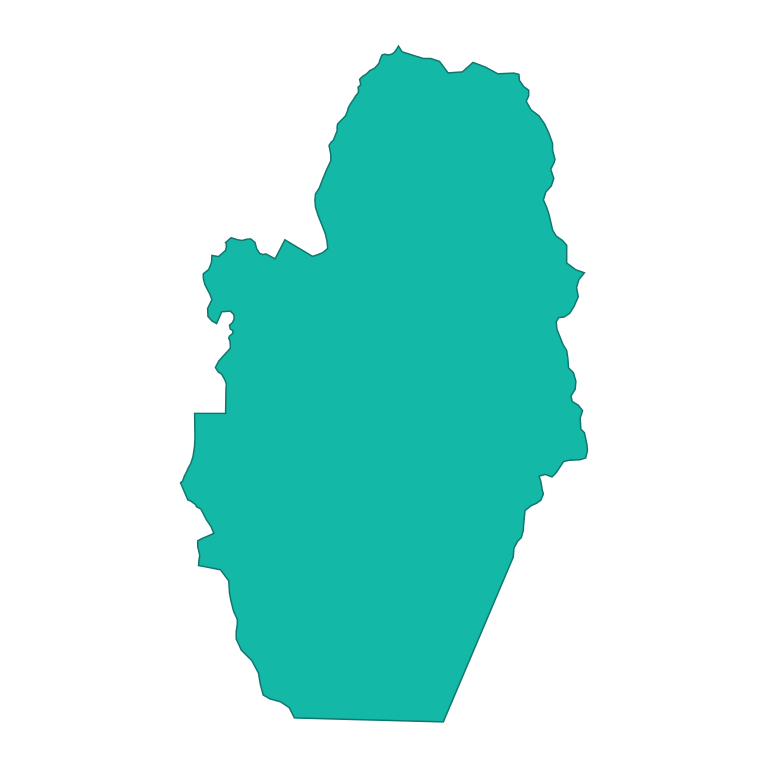 outline of Ulu Langat, Selangor, Malaysia
{"feature_id": "92858781B61799260862057", "entity_name": "Ulu Langat", "entity_type": "district", "adm_level": 2, "iso_a3": "MYS", "parent_name": "Malaysia", "parent_adm1": "Selangor", "projection": "albers", "projection_center": [101.834, 3.073], "detail": "fine", "context": "isolated", "style": "filled", "palette": "teal", "viewbox_px": 768, "rotation_deg": 0, "n_neighbors": 0, "source": "geoboundaries", "source_scale": "gbopen_adm2", "svg_char_len": 3010}
<svg xmlns="http://www.w3.org/2000/svg" viewBox="0 0 768 768"><path d="M398.5,46.1L395.8,50.4L393.8,52.9L391.5,54.2L388.5,55.0L384.7,54.2L382.0,55.0L380.2,59.2L379.0,63.2L376.5,66.2L374.2,68.5L369.9,70.5L366.7,73.8L362.4,76.5L359.6,79.3L360.4,82.8L360.6,85.1L358.1,87.1L358.4,90.1L358.4,92.6L355.9,95.6L353.4,99.6L350.6,103.6L348.4,107.6L347.4,111.2L345.6,115.7L343.6,117.9L340.3,121.2L337.6,124.0L337.1,127.0L337.1,131.0L335.6,134.5L333.3,140.5L331.5,141.8L329.0,145.4L330.8,154.6L330.8,160.8L326.5,169.9L322.2,180.4L319.2,188.3L315.5,193.8L314.9,200.0L315.5,207.3L318.5,216.5L322.2,225.7L325.3,233.6L327.1,241.6L327.7,248.4L322.8,252.6L316.7,255.1L312.4,256.3L284.9,239.8L275.1,258.8L265.9,253.9L262.8,254.5L259.7,253.4L256.6,248.7L255.0,242.4L250.7,238.9L246.4,239.3L242.1,240.5L237.4,239.7L231.1,237.7L225.6,242.6L226.0,242.8L226.4,246.8L225.6,250.3L221.7,253.8L218.5,256.6L211.9,255.4L211.5,262.4L208.7,269.5L203.3,273.8L203.3,278.1L204.8,284.4L207.2,289.1L209.9,294.2L211.9,299.7L208.3,307.1L207.6,308.7L208.0,316.5L211.9,320.9L216.6,323.6L221.7,311.8L226.8,311.4L230.3,311.1L233.8,314.6L234.2,318.9L232.3,322.8L229.5,325.2L230.3,329.1L233.0,330.7L232.7,333.4L229.5,336.1L228.7,338.1L229.9,340.9L230.3,344.8L230.3,348.3L218.9,360.8L215.4,367.5L218.1,371.8L221.7,374.2L223.2,376.9L224.8,379.7L226.4,384.0L226.0,388.3L225.6,413.4L194.6,413.4L195.0,438.1L194.6,444.4L194.6,445.9L193.8,451.4L193.0,456.5L191.9,460.0L190.7,463.6L188.3,467.9L186.4,472.2L184.4,476.1L182.5,481.2L180.5,482.8L187.9,500.0L190.3,500.8L195.4,504.4L196.6,506.7L200.9,509.1L206.4,519.7L211.1,526.7L213.8,533.4L202.1,538.5L197.7,540.8L197.7,546.7L199.7,554.9L198.9,560.8L198.5,565.5L220.5,569.8L228.7,580.8L229.5,593.0L230.7,599.7L232.6,607.5L233.8,611.8L237.3,619.3L237.3,624.4L236.2,631.4L236.2,638.9L238.9,644.7L241.3,650.1L251.8,660.6L258.5,673.1L260.4,684.6L263.3,695.1L270.0,698.9L280.5,701.8L289.2,707.6L294.4,717.9L356.4,719.6L364.8,719.8L443.3,721.9L513.2,557.2L514.0,547.9L517.7,541.2L521.3,537.5L523.2,530.8L523.8,522.8L525.0,510.6L531.1,505.7L536.7,503.2L540.9,500.1L543.4,494.0L542.2,489.7L540.9,481.8L539.1,476.2L545.2,474.4L552.0,476.9L556.3,472.6L563.6,461.5L569.1,460.3L580.2,459.7L585.7,457.9L587.5,450.5L586.9,444.4L584.4,432.7L580.8,429.1L580.2,418.0L582.6,410.7L578.3,405.2L572.2,401.5L571.0,396.0L575.2,389.2L575.9,381.3L573.4,372.7L568.5,367.8L567.9,358.6L566.7,350.6L563.0,344.5L556.9,329.2L556.2,321.9L558.7,317.6L564.2,317.0L569.7,313.3L574.0,306.5L578.3,296.7L576.5,287.5L578.9,279.6L584.4,272.8L575.8,269.8L566.7,263.0L566.7,253.9L566.7,245.3L562.4,240.4L556.2,236.1L552.6,230.0L548.9,214.0L546.4,206.7L543.4,199.9L545.8,192.0L551.3,185.9L553.8,178.5L550.7,169.3L553.8,163.2L555.0,159.5L552.6,150.3L552.6,143.6L548.9,133.2L544.6,124.0L539.1,116.0L531.1,109.9L526.2,101.3L528.7,95.8L528.7,90.3L523.8,86.6L519.5,80.5L518.9,74.4L514.0,73.1L497.8,73.8L485.4,67.1L473.0,62.4L462.4,71.9L448.1,72.9L439.5,61.4L430.8,58.5L423.2,58.5L402.1,51.8L398.5,46.1Z" fill="#14b8a6" stroke="#0f766e" stroke-width="1.5"/></svg>